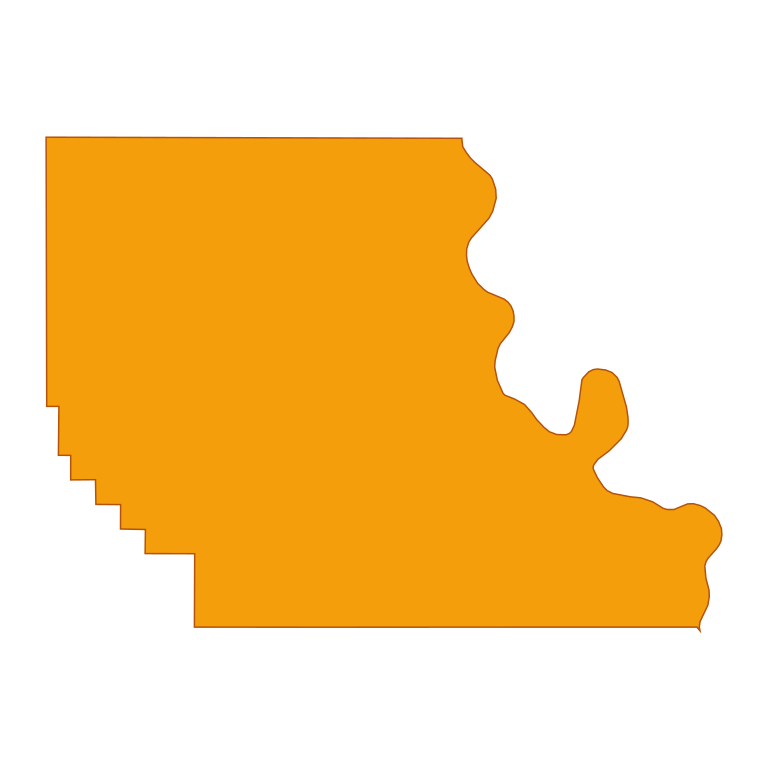 the district of Washington, Nebraska, United States of America
{"feature_id": "52423323B46831749537882", "entity_name": "Washington", "entity_type": "district", "adm_level": 2, "iso_a3": "USA", "parent_name": "United States of America", "parent_adm1": "Nebraska", "projection": "equal_earth", "projection_center": [-96.073, 41.537], "detail": "fine", "context": "isolated", "style": "filled", "palette": "amber", "viewbox_px": 768, "rotation_deg": 0, "n_neighbors": 0, "source": "geoboundaries", "source_scale": "gbopen_adm2", "svg_char_len": 1552}
<svg xmlns="http://www.w3.org/2000/svg" viewBox="0 0 768 768"><path d="M700.0,630.8L699.3,627.2L700.0,621.7L707.9,605.1L709.3,596.4L709.0,590.0L705.9,578.2L704.8,565.9L706.0,561.7L708.0,558.3L716.7,548.5L719.4,544.5L721.0,540.8L721.9,534.6L721.4,528.5L718.5,521.4L714.4,515.3L705.1,507.9L700.1,505.5L693.4,503.7L687.6,503.9L674.0,509.5L667.2,509.5L663.1,508.3L652.8,501.9L640.6,497.8L630.2,496.8L612.6,493.4L607.2,490.6L603.5,486.9L597.5,477.9L593.4,469.3L593.1,467.0L593.8,464.8L598.0,459.2L609.2,450.8L621.3,438.7L623.5,435.0L626.4,430.3L627.8,426.5L628.1,422.9L628.0,417.6L626.5,407.3L619.2,381.5L617.1,377.4L612.0,372.5L605.7,370.0L597.4,369.0L593.2,369.6L588.7,371.9L583.4,377.5L581.9,379.9L579.2,400.7L574.4,425.1L571.4,431.5L569.5,433.3L566.2,434.8L556.6,434.5L549.4,431.8L544.0,427.4L536.6,419.5L531.6,412.5L524.5,404.5L514.9,399.2L504.9,395.2L503.0,393.2L497.4,380.5L494.7,367.2L495.1,360.9L498.0,348.5L500.3,343.7L509.4,332.4L512.4,326.6L514.0,321.5L514.0,316.4L513.2,311.2L511.1,306.2L508.1,302.2L504.3,299.2L487.8,292.3L484.0,289.6L477.7,283.4L472.0,274.3L469.4,268.4L467.2,261.3L466.5,255.4L466.7,248.9L468.9,241.8L471.6,237.7L488.9,218.3L492.7,211.3L496.2,198.3L495.7,189.3L492.4,179.2L490.0,175.3L475.0,162.6L470.5,158.1L466.5,152.8L462.8,146.9L461.8,138.7L461.9,138.3L46.1,137.2L46.7,406.4L58.9,406.4L58.4,455.3L70.7,455.4L70.7,479.9L95.5,479.7L95.9,504.4L120.6,504.6L120.5,529.0L145.4,529.5L145.1,553.6L194.7,553.7L194.4,627.1L318.6,627.2L538.3,627.1L696.9,627.1L700.0,630.8Z" fill="#f59e0b" stroke="#b45309" stroke-width="1.5"/></svg>